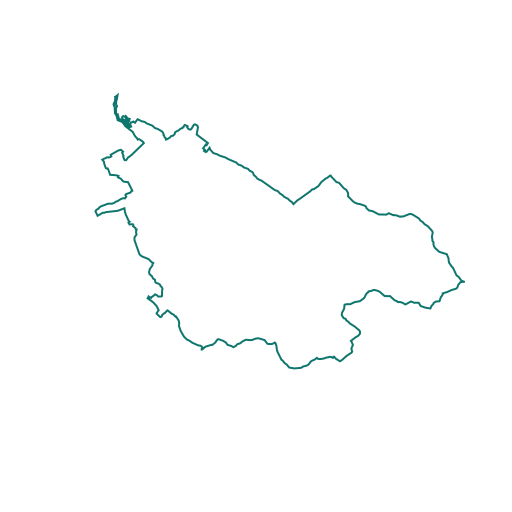 outline of Sanmihaiu Almasului, Salaj, Romania, rotated 207°
{"feature_id": "2599482B86867207521382", "entity_name": "Sanmihaiu Almasului", "entity_type": "district", "adm_level": 2, "iso_a3": "ROU", "parent_name": "Romania", "parent_adm1": "Salaj", "projection": "mercator", "projection_center": [23.232, 47.041], "detail": "fine", "context": "isolated", "style": "outline", "palette": "teal", "viewbox_px": 512, "rotation_deg": 207, "n_neighbors": 0, "source": "geoboundaries", "source_scale": "gbopen_adm2", "svg_char_len": 6120}
<svg xmlns="http://www.w3.org/2000/svg" viewBox="0 0 512 512"><g transform="rotate(207 256 256)"><path d="M226.4,361.4L227.9,358.2L229.2,356.4L231.3,351.7L232.2,346.5L234.9,341.7L236.1,341.0L237.1,338.2L243.2,326.3L244.3,324.6L246.2,319.2L248.7,320.4L250.9,320.6L253.5,321.5L257.7,321.5L259.7,322.2L263.2,322.6L266.0,323.7L269.4,323.3L285.6,325.7L287.0,325.4L290.2,325.6L292.2,326.6L294.7,327.1L296.1,328.5L297.7,329.2L300.3,329.1L302.6,330.0L307.4,329.4L309.0,329.9L311.8,329.8L313.3,329.4L315.8,330.3L325.1,329.7L327.9,329.9L334.0,328.9L337.1,329.0L340.7,328.3L345.3,330.1L346.5,331.3L347.3,326.6L348.0,326.6L348.2,325.8L350.0,326.0L349.8,327.4L352.0,327.9L351.3,332.6L350.3,332.4L350.1,334.8L364.0,337.3L366.1,344.2L367.3,345.5L368.7,345.7L370.3,345.5L371.0,344.6L371.2,340.6L371.4,339.5L372.0,338.7L373.4,338.5L374.4,338.7L375.9,339.6L375.8,340.5L376.0,340.7L379.0,340.4L379.2,339.7L379.1,337.6L379.8,337.2L379.8,336.4L381.0,335.2L382.0,332.8L384.1,329.9L384.2,329.1L383.8,327.8L384.4,325.7L386.1,324.2L386.4,322.7L388.2,319.7L389.1,318.9L389.6,319.9L391.1,320.1L392.8,321.8L393.2,321.7L394.4,323.4L396.3,324.3L401.4,324.6L404.0,324.1L407.6,325.1L414.0,324.5L415.5,324.9L417.3,324.7L418.4,324.2L423.6,324.1L424.3,319.8L426.4,320.1L426.9,319.2L428.0,318.2L428.0,316.6L427.6,315.9L426.0,314.6L426.7,313.9L426.9,314.9L427.8,315.7L430.7,316.7L431.9,317.5L434.3,318.1L434.3,319.0L430.6,318.1L430.2,318.7L430.6,319.2L430.8,320.8L432.6,320.3L434.0,320.8L434.9,320.4L435.4,320.7L435.3,321.5L435.8,321.6L436.2,320.4L437.8,320.3L438.2,319.9L438.3,318.8L437.7,318.0L436.5,317.4L432.7,316.5L430.9,314.9L428.5,314.0L428.3,313.4L431.5,314.6L433.0,315.7L434.5,316.0L437.4,316.4L440.3,315.9L443.5,319.4L443.8,319.0L444.5,318.9L446.4,320.9L446.4,321.5L447.5,323.2L447.9,325.3L447.9,326.4L448.3,326.9L449.4,327.0L449.9,327.6L450.0,328.9L450.9,330.5L451.1,332.4L452.4,336.5L453.3,334.4L453.8,333.9L453.3,333.4L452.0,330.0L451.8,326.5L449.5,324.4L446.5,319.2L444.1,317.8L440.9,314.2L436.4,314.7L433.5,313.6L431.6,312.4L422.1,310.6L419.8,308.9L417.4,307.5L415.5,307.0L414.3,306.0L413.3,307.1L408.8,306.5L407.2,305.7L412.7,289.7L413.8,287.2L414.7,285.9L415.2,282.4L416.6,281.8L417.0,282.0L419.3,284.1L419.6,284.6L419.5,285.1L422.1,287.2L421.8,288.6L424.5,289.3L426.6,287.5L431.4,280.2L430.1,279.0L431.5,277.2L433.7,276.2L434.3,275.0L435.5,273.8L436.7,272.0L434.3,271.0L433.0,269.2L429.7,266.1L428.9,266.1L428.0,266.7L426.8,265.9L422.8,262.1L417.6,264.3L415.1,264.9L414.8,264.9L414.7,263.4L411.5,263.5L408.6,262.3L407.3,262.3L403.6,263.7L395.8,258.0L396.6,256.7L396.6,255.6L400.0,252.0L399.9,250.8L398.5,250.0L398.9,247.8L400.3,247.4L402.2,245.5L404.3,242.0L405.5,240.8L406.7,238.6L407.7,237.5L411.6,235.4L416.8,229.7L417.8,227.7L417.8,226.6L419.1,224.8L419.4,223.0L415.4,219.9L412.1,225.0L410.8,225.6L409.7,226.9L399.7,233.5L394.9,238.8L392.8,235.8L390.7,233.7L385.0,229.2L384.3,229.1L384.8,228.5L384.8,227.8L383.0,226.7L380.2,228.4L379.2,227.8L379.0,226.7L376.1,226.2L375.2,225.1L374.4,225.4L373.8,222.8L372.2,220.9L372.7,217.5L371.6,215.1L360.8,204.8L359.0,204.1L357.0,203.9L350.3,204.5L346.4,203.2L344.4,203.1L344.6,202.0L344.0,200.5L344.7,196.2L343.9,192.9L342.6,191.5L339.5,190.7L337.5,189.2L335.3,189.0L333.7,186.9L332.8,186.7L330.4,187.1L328.4,186.8L327.3,185.8L326.4,185.7L324.6,184.6L323.7,182.0L321.6,177.7L321.7,177.4L322.1,176.9L324.6,175.5L326.9,176.1L328.5,176.0L329.1,174.3L330.2,172.3L330.4,171.1L331.3,171.2L331.6,170.6L333.3,171.2L333.3,169.1L327.1,168.2L321.8,166.3L318.1,163.5L318.6,159.9L318.4,159.5L313.6,158.1L312.6,159.1L312.8,160.9L311.9,163.1L311.1,164.1L310.8,166.0L310.1,167.4L304.3,166.2L303.0,166.4L300.3,165.4L300.0,165.8L296.5,164.0L294.9,162.7L293.8,161.0L292.9,158.7L288.9,154.9L283.6,151.5L279.6,150.2L276.6,150.3L273.5,149.8L267.0,150.1L265.0,150.8L263.5,150.7L261.7,150.0L262.3,148.7L261.9,148.0L261.5,148.3L261.4,149.1L260.9,149.5L260.5,151.0L259.6,152.5L255.5,156.5L254.6,156.8L252.9,160.7L252.8,162.4L252.3,164.3L251.5,164.9L246.7,165.5L243.5,165.2L241.0,163.9L237.2,164.6L234.7,164.5L233.1,166.9L232.7,168.8L230.5,171.0L229.3,173.7L227.0,176.8L223.5,178.1L221.4,179.4L218.6,182.4L216.5,183.8L210.2,185.0L206.1,183.0L204.8,183.3L202.2,184.6L201.1,185.6L200.0,187.4L199.2,187.3L197.1,185.3L194.6,181.6L193.8,181.1L193.5,180.5L186.2,175.1L185.0,175.0L182.0,173.6L179.2,173.2L175.8,171.7L170.9,173.2L165.2,176.7L163.5,179.3L161.4,181.0L160.5,182.2L159.7,183.8L159.5,186.1L158.8,187.8L156.6,190.5L155.5,192.9L153.9,192.5L151.8,193.4L148.6,195.8L147.7,197.0L144.3,199.7L143.4,200.1L141.2,200.2L141.2,201.4L140.6,201.7L138.0,200.7L133.4,200.3L132.1,202.5L129.9,208.2L127.1,213.1L126.9,213.9L126.9,214.5L129.0,216.8L129.3,220.8L131.7,222.8L132.9,223.4L130.3,228.9L128.7,231.3L128.1,233.8L128.3,234.5L129.2,236.0L130.1,236.6L136.3,238.0L141.8,238.5L143.9,239.3L146.2,239.6L147.6,240.7L149.6,240.4L152.5,242.0L153.1,242.9L153.6,244.6L153.5,248.9L155.0,252.8L153.4,254.2L150.1,255.9L147.1,259.8L143.0,262.8L140.5,267.7L140.6,271.6L140.3,273.3L139.6,274.5L139.7,275.5L137.1,277.5L136.3,278.7L135.1,279.5L131.9,280.2L129.6,280.3L123.2,278.7L118.3,281.1L112.5,279.5L110.1,279.7L108.6,279.4L106.8,280.4L104.0,280.9L101.2,280.6L100.7,280.9L97.3,285.8L93.7,286.2L89.9,288.2L86.5,286.2L81.5,286.9L76.8,288.4L77.0,291.0L76.3,293.5L76.3,294.9L75.9,295.7L75.1,297.0L72.0,299.0L72.6,303.3L72.3,304.4L72.2,307.1L72.6,307.5L69.4,310.6L66.0,314.8L63.1,317.4L62.3,319.2L62.7,322.1L62.0,325.4L59.7,327.1L58.2,327.7L61.6,327.2L65.7,329.3L68.6,329.8L75.1,334.9L76.5,335.3L80.8,337.6L82.2,339.3L83.3,341.2L86.8,344.2L94.6,342.9L100.0,344.4L101.9,345.5L103.2,347.0L104.0,348.7L105.8,349.7L106.5,351.1L107.9,352.7L109.2,357.1L110.3,358.2L116.2,360.5L120.3,360.9L123.2,362.0L125.6,362.2L127.8,363.4L134.9,364.0L136.9,363.8L138.0,363.4L142.7,358.1L144.7,357.1L145.3,356.4L149.0,356.0L151.8,355.1L152.0,354.7L157.1,354.4L158.6,352.1L165.4,348.8L172.2,348.9L176.0,347.9L179.1,348.7L180.5,349.9L181.5,350.2L186.7,349.5L189.6,348.6L192.7,348.4L194.9,348.9L201.2,351.0L201.5,352.1L202.7,354.0L205.5,355.9L208.8,356.3L215.1,358.9L217.9,358.4L224.7,360.8L226.0,361.6L226.4,361.4Z" fill="none" stroke="#0f766e" stroke-width="2"/></g></svg>